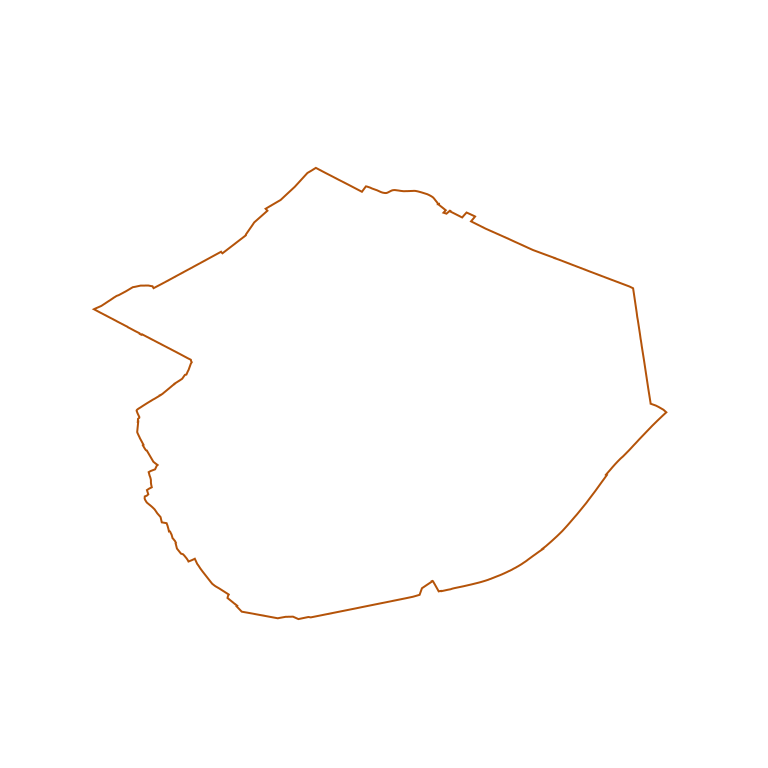 the district of Best, Noord-Brabant, Netherlands, rotated 333°
{"feature_id": "6326949B75137291849873", "entity_name": "Best", "entity_type": "district", "adm_level": 2, "iso_a3": "NLD", "parent_name": "Netherlands", "parent_adm1": "Noord-Brabant", "projection": "natural_earth1", "projection_center": [5.39, 51.516], "detail": "fine", "context": "isolated", "style": "outline", "palette": "amber", "viewbox_px": 768, "rotation_deg": 333, "n_neighbors": 0, "source": "geoboundaries", "source_scale": "gbopen_adm2", "svg_char_len": 5866}
<svg xmlns="http://www.w3.org/2000/svg" viewBox="0 0 768 768"><g transform="rotate(333 384 384)"><path d="M343.9,595.4L347.4,596.3L350.1,597.1L350.7,597.2L351.0,597.2L352.6,597.5L354.2,597.9L363.0,600.3L371.0,602.3L378.3,604.0L380.7,604.5L382.9,604.9L385.1,605.3L385.8,605.4L386.4,605.5L387.1,605.6L387.7,605.7L388.3,605.8L389.0,605.8L389.6,605.9L390.3,606.0L390.9,606.1L391.6,606.1L392.2,606.2L396.7,606.6L399.6,606.9L400.3,607.0L401.0,607.0L401.7,607.1L402.3,607.1L403.0,607.2L403.7,607.2L404.4,607.2L405.0,607.3L405.7,607.3L408.6,607.4L409.5,607.4L410.3,607.4L411.1,607.5L411.9,607.5L412.7,607.5L413.5,607.5L414.3,607.5L415.1,607.4L416.0,607.4L416.8,607.4L417.5,607.4L418.3,607.4L419.0,607.3L419.7,607.3L420.5,607.3L421.2,607.2L422.0,607.2L422.7,607.1L423.4,607.1L424.2,607.0L425.4,606.9L426.7,606.7L429.5,606.4L431.5,606.1L431.8,606.0L439.1,604.8L441.3,604.5L443.8,604.1L446.4,603.7L450.6,603.2L450.3,602.8L450.8,602.7L454.5,602.0L458.1,601.1L461.7,600.2L465.3,599.2L468.9,598.2L472.5,597.1L476.0,596.0L479.5,594.7L482.9,593.4L486.4,592.0L489.8,590.6L493.2,589.2L496.7,587.8L503.5,584.8L506.9,583.3L510.3,581.8L513.7,580.1L517.0,578.5L520.3,576.9L523.6,575.3L530.2,571.9L533.5,570.2L535.9,569.0L541.2,566.3L540.6,565.6L544.8,563.9L546.1,563.4L549.9,561.8L553.5,560.4L557.1,559.1L560.7,557.9L564.5,556.9L568.1,555.7L571.7,554.5L575.3,553.2L578.8,551.9L581.4,551.0L586.5,549.1L596.8,545.5L604.0,543.0L611.3,540.7L618.7,538.5L622.7,537.4L621.3,533.8L618.3,529.2L616.4,526.6L612.6,522.6L612.9,521.9L617.3,508.3L620.7,498.1L626.5,480.7L631.1,466.5L631.2,466.3L632.7,461.8L632.9,461.1L633.0,460.7L634.7,455.8L639.1,442.5L640.1,439.2L641.6,435.0L647.3,418.1L649.4,411.8L647.0,408.6L632.5,392.7L618.7,377.5L596.2,352.5L593.2,349.4L593.4,349.3L592.6,348.5L587.2,342.7L577.6,332.3L574.4,328.3L574.3,328.2L573.3,326.9L565.0,316.5L561.0,311.4L550.4,298.3L545.2,291.9L539.6,284.3L535.4,278.6L540.6,276.4L541.2,276.1L540.4,275.0L540.0,274.5L536.7,270.3L535.4,268.7L531.7,270.1L529.3,271.1L528.8,270.5L524.5,264.6L521.1,260.0L521.6,259.8L521.4,259.5L517.0,260.6L514.8,258.4L517.9,257.2L514.3,249.3L514.5,249.1L514.8,248.5L513.5,248.1L513.8,247.4L513.9,246.8L513.8,246.5L513.1,243.1L513.0,242.4L512.6,240.7L512.3,239.8L511.4,238.2L510.1,236.3L508.7,234.5L504.3,230.2L502.2,228.3L501.4,227.6L500.0,226.5L499.3,226.0L497.9,225.3L493.1,223.1L490.2,221.7L488.8,221.0L486.4,219.4L484.9,218.3L481.7,216.1L481.1,215.8L480.8,215.7L480.0,215.4L479.8,215.3L479.1,215.2L478.8,215.2L478.6,215.1L478.4,215.1L478.0,215.1L477.5,215.1L476.6,215.1L475.2,215.1L474.8,215.1L474.4,215.1L474.0,215.1L473.7,215.0L473.2,215.0L472.9,214.9L472.6,214.8L472.3,214.7L471.9,214.4L471.3,214.1L470.8,213.7L470.2,213.3L469.6,212.8L469.0,212.2L468.5,211.7L465.8,208.3L462.2,204.5L460.7,202.6L458.3,200.2L457.6,199.7L451.6,202.7L449.4,199.6L442.7,190.2L436.1,181.1L431.4,174.5L427.7,169.4L421.4,160.5L415.3,161.0L411.6,161.2L394.0,167.8L384.8,170.4L375.4,173.1L371.5,173.3L358.1,174.1L358.8,176.7L341.7,181.1L339.6,182.3L328.8,188.1L328.5,188.4L328.4,188.8L309.1,192.4L299.4,194.2L298.8,192.6L298.8,192.2L272.6,192.9L248.0,193.5L241.2,193.7L231.6,193.9L222.2,194.0L222.1,191.8L221.6,191.5L218.9,189.4L218.0,188.9L212.3,186.1L211.7,185.8L206.4,184.4L204.1,183.7L196.7,184.2L187.9,184.4L185.7,184.1L184.0,184.3L182.1,184.4L182.0,184.5L167.5,186.1L160.7,185.7L159.5,185.7L163.7,191.7L174.1,206.3L174.4,206.8L181.6,216.9L181.6,217.2L182.8,218.8L186.2,223.7L189.2,227.8L189.0,228.3L189.9,229.6L190.0,229.5L190.6,230.1L191.0,229.9L215.6,264.4L216.3,265.4L220.6,271.6L222.9,274.7L222.7,275.4L222.5,276.4L222.6,277.3L221.1,278.2L216.3,282.7L215.9,283.0L215.0,283.6L212.2,285.9L210.9,285.5L210.5,285.6L206.6,287.7L204.1,288.0L198.9,288.5L198.6,288.5L197.8,288.6L197.8,288.8L196.9,289.0L196.8,288.8L196.3,289.0L186.2,291.3L183.0,292.0L182.3,292.2L181.2,292.3L179.6,292.3L179.7,292.5L178.3,292.6L172.5,293.0L171.3,293.0L164.6,293.5L159.2,294.0L156.6,294.3L154.1,294.5L152.9,294.7L152.4,294.8L152.0,295.0L151.6,295.2L151.4,295.7L151.1,298.4L151.1,298.6L151.0,302.4L150.6,303.0L149.0,303.4L147.5,305.9L147.9,306.0L142.3,314.7L142.2,315.1L142.2,315.5L142.1,315.9L142.1,316.1L142.0,319.3L142.0,320.4L141.9,321.4L142.1,329.0L141.3,329.1L141.5,332.6L141.6,333.5L141.8,334.8L142.4,335.9L142.5,335.9L142.6,338.0L143.2,348.6L144.2,350.8L145.5,353.4L145.1,353.5L144.2,353.8L141.3,356.1L136.7,355.6L134.3,355.7L133.8,358.2L133.6,358.9L133.5,360.0L133.3,361.5L133.1,362.3L132.8,363.5L132.3,364.6L131.6,365.9L130.9,367.9L130.2,370.6L129.3,370.6L127.8,370.6L127.2,370.6L124.6,370.9L123.9,375.3L122.0,375.8L119.8,375.6L118.8,377.2L118.7,377.6L118.6,378.3L118.6,379.0L118.6,379.3L118.7,380.1L118.7,381.0L118.8,381.4L118.9,381.9L119.0,382.2L119.1,382.6L121.1,387.1L121.8,388.9L122.7,391.6L123.3,396.4L124.5,401.1L123.2,406.4L127.1,409.3L126.9,410.9L126.9,411.3L126.6,412.9L126.4,413.7L126.2,414.9L125.5,417.6L126.1,417.6L126.4,418.7L126.3,420.8L126.4,421.5L125.7,425.0L125.6,425.3L126.0,426.6L126.2,427.7L126.5,429.1L126.5,429.8L126.5,430.9L126.4,430.9L126.1,431.1L126.0,431.3L125.9,431.5L125.8,432.3L124.8,436.6L126.1,443.0L127.6,444.4L128.2,446.3L128.7,448.7L128.9,449.5L129.2,451.9L129.2,453.4L130.2,453.5L132.5,453.7L134.8,453.8L136.1,453.8L135.9,459.3L135.9,459.5L136.2,461.3L136.3,462.1L136.5,464.1L136.6,465.0L137.2,468.6L140.0,482.9L140.1,483.2L140.2,483.9L141.3,486.3L141.8,487.3L142.2,488.0L144.4,491.4L150.1,501.1L148.8,502.0L147.4,503.6L151.4,512.6L151.5,512.6L152.5,514.9L151.7,515.1L153.9,522.3L159.1,526.2L183.1,544.6L184.1,544.8L190.7,546.8L197.3,550.0L201.0,554.6L203.2,555.2L210.9,557.3L212.8,558.7L257.3,571.2L261.7,572.4L305.8,584.7L313.2,586.7L316.8,587.4L320.0,588.0L325.1,583.2L330.8,582.5L337.0,581.8L337.0,581.4L337.6,581.4L337.9,581.5L338.0,581.7L338.1,582.2L338.3,586.0L338.4,588.5L338.5,590.9L338.6,593.6L339.9,593.9L341.0,594.3L341.0,594.6L343.9,595.4Z" fill="none" stroke="#b45309" stroke-width="2"/></g></svg>